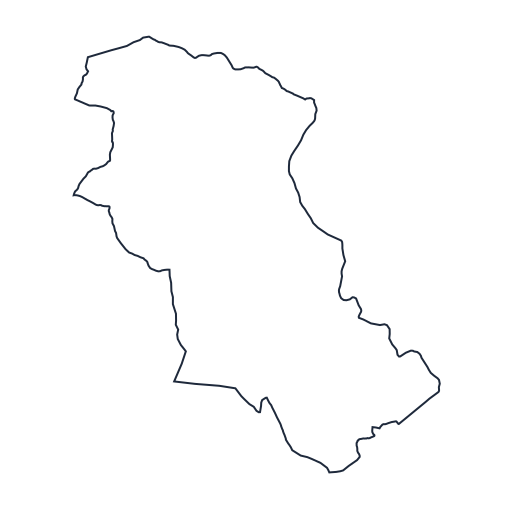 Sotanga, Dâmbovita, Romania (Equal Earth projection), rotated 5°
{"feature_id": "2599482B74032369078815", "entity_name": "Sotanga", "entity_type": "district", "adm_level": 2, "iso_a3": "ROU", "parent_name": "Romania", "parent_adm1": "Dâmbovita", "projection": "equal_earth", "projection_center": [25.375, 44.974], "detail": "fine", "context": "isolated", "style": "outline", "palette": "slate", "viewbox_px": 512, "rotation_deg": 5, "n_neighbors": 0, "source": "geoboundaries", "source_scale": "gbopen_adm2", "svg_char_len": 5948}
<svg xmlns="http://www.w3.org/2000/svg" viewBox="0 0 512 512"><g transform="rotate(5 256 256)"><path d="M450.1,374.4L450.0,373.2L449.6,370.7L450.2,367.2L449.1,363.5L447.6,362.0L443.8,359.7L440.3,357.2L438.1,354.3L436.5,351.7L429.7,342.9L429.0,341.1L427.5,339.2L425.1,337.6L421.8,337.3L420.5,336.7L418.5,336.8L413.7,339.3L408.4,343.5L407.3,343.7L405.6,342.1L404.4,337.5L403.1,335.9L399.4,332.2L395.9,326.5L396.0,322.1L395.5,317.2L392.5,313.5L389.9,312.8L385.5,314.0L376.3,313.1L368.5,309.9L363.9,308.6L363.6,307.6L363.9,306.3L364.7,304.3L365.5,302.5L365.6,301.8L365.6,301.0L365.2,299.7L362.6,296.2L359.4,289.6L359.0,289.4L357.2,288.7L355.7,288.7L353.3,291.0L349.9,292.2L347.1,292.2L344.5,290.6L343.1,288.2L342.5,286.4L341.9,284.9L341.6,282.9L341.7,281.7L342.5,278.7L343.5,268.8L342.8,266.1L342.6,263.7L343.0,261.2L345.3,253.5L345.2,253.2L343.0,247.4L341.4,241.0L341.1,237.6L340.8,235.6L340.5,234.4L339.6,233.2L325.6,228.3L321.8,226.1L315.2,222.4L310.1,218.2L307.3,213.6L304.0,209.6L300.6,205.0L297.7,201.9L295.3,198.4L294.3,193.5L292.5,189.2L289.9,185.2L288.0,180.1L285.4,175.4L282.5,171.8L281.4,168.6L281.0,163.9L280.9,158.6L282.5,152.9L284.9,148.1L288.2,142.2L290.8,136.8L292.6,131.0L295.0,126.1L298.1,121.6L300.8,118.5L302.2,116.5L302.7,115.2L302.9,113.8L302.7,109.5L303.7,105.9L303.2,103.3L302.1,101.3L301.5,100.0L300.5,98.1L300.3,95.6L297.6,94.2L296.9,94.0L295.9,94.0L295.0,94.3L292.7,94.7L292.1,95.1L291.3,95.8L289.3,94.8L283.0,92.7L279.3,91.6L278.7,91.0L275.5,89.9L273.5,89.2L273.1,89.2L272.5,89.1L272.0,88.9L271.3,88.3L270.4,87.7L269.3,87.1L268.3,86.7L267.1,86.4L266.0,84.6L265.1,83.4L264.8,82.7L264.1,81.6L263.8,80.9L263.4,80.4L262.7,79.6L260.3,77.9L259.2,77.2L258.6,76.8L256.5,76.4L255.5,75.8L253.0,74.6L251.1,73.8L249.4,73.1L248.7,72.5L247.4,71.3L246.5,70.7L244.9,70.0L243.0,69.3L241.7,68.1L240.5,67.5L240.0,67.4L239.4,67.6L238.2,68.2L237.1,68.6L235.2,68.7L232.5,68.7L229.3,69.0L228.3,69.3L227.5,69.9L224.4,71.3L222.4,71.6L219.0,71.9L217.8,71.5L217.0,71.1L216.4,70.5L215.0,68.0L209.6,60.8L207.4,58.7L205.9,57.8L203.8,56.9L202.8,56.8L199.8,57.1L196.6,57.9L194.7,58.6L194.4,58.8L193.5,59.8L192.4,60.4L191.1,60.6L188.7,60.5L185.7,60.5L184.1,60.7L181.7,61.5L179.9,62.9L179.4,63.4L178.6,63.9L177.7,64.0L176.6,63.6L175.2,62.7L174.0,61.9L171.3,60.4L170.4,59.8L169.3,58.6L167.0,56.7L164.1,55.5L161.4,54.7L159.9,54.4L155.5,53.8L151.8,53.9L150.5,53.6L150.2,53.3L147.0,52.4L145.7,52.0L144.8,51.8L143.8,51.5L143.0,51.4L141.2,51.5L140.7,51.4L139.8,51.2L139.2,50.8L137.6,50.2L136.3,49.4L135.2,49.2L134.1,48.7L131.6,47.4L130.3,46.8L124.5,48.3L121.5,51.0L115.4,53.7L109.1,58.0L101.4,60.9L94.0,63.6L71.2,72.6L70.5,78.3L69.9,82.1L70.9,84.8L72.6,86.6L71.7,89.0L70.6,90.4L69.5,90.9L68.3,92.2L68.0,93.1L68.2,95.1L68.0,97.3L67.2,99.1L67.1,100.5L65.4,102.9L63.9,105.6L63.6,108.1L63.4,109.6L62.1,113.2L61.8,114.6L61.8,115.3L62.0,115.7L76.8,120.6L82.9,120.1L88.2,120.6L94.5,121.7L97.9,123.2L98.5,123.6L99.2,124.4L99.6,124.4L100.1,124.1L100.7,124.1L101.3,124.4L101.6,125.0L101.8,126.1L101.2,127.6L100.9,128.5L101.0,130.6L101.5,132.8L102.3,134.1L103.0,135.9L102.8,139.1L102.2,142.4L102.5,143.9L101.8,146.2L102.3,150.0L102.6,152.5L102.5,154.1L102.9,155.0L103.3,155.1L103.5,155.6L103.7,156.5L103.8,157.8L103.8,160.2L101.8,165.3L101.6,167.8L101.9,170.0L102.2,172.2L102.3,173.3L102.0,174.1L100.7,174.7L100.0,175.5L99.3,176.6L98.7,177.5L97.9,178.2L96.8,179.1L95.6,179.9L93.2,180.8L91.0,182.2L89.0,183.0L87.2,183.1L86.1,183.4L84.8,184.7L83.6,185.6L83.2,186.2L82.1,186.8L81.3,187.5L80.7,188.9L79.5,191.5L77.4,194.0L73.9,199.6L73.2,201.7L72.9,203.6L72.6,204.5L71.8,205.7L70.2,207.4L69.8,208.4L69.3,210.1L69.1,211.4L69.8,211.2L71.7,211.1L73.6,211.3L75.6,211.7L77.6,212.4L80.4,213.7L83.2,215.0L85.6,215.9L89.3,217.5L91.7,218.7L92.9,219.1L93.9,219.2L94.5,219.2L96.1,218.8L97.4,218.9L98.1,219.3L98.8,219.4L100.5,219.6L102.2,219.5L105.0,219.3L105.4,219.4L105.7,219.6L105.9,220.4L105.9,221.4L105.4,223.1L105.4,223.9L105.7,224.8L106.1,225.5L106.4,226.6L106.7,227.3L107.4,228.4L108.9,230.1L109.7,231.5L109.8,232.7L109.8,233.8L110.2,236.0L111.9,238.6L112.9,241.8L113.4,243.4L114.6,245.3L115.4,248.7L116.2,250.3L120.2,255.0L125.6,260.7L129.3,263.6L132.4,264.4L135.0,265.6L138.1,266.2L140.9,267.3L144.2,268.1L145.1,269.1L146.6,270.0L147.8,270.9L148.4,271.7L148.7,272.7L149.8,275.0L151.6,277.2L153.5,278.1L155.4,278.6L157.7,279.4L160.1,279.8L161.8,279.5L163.6,278.5L166.3,277.8L169.0,277.3L171.0,277.2L171.8,283.6L173.8,290.1L174.8,298.5L176.8,304.2L177.4,311.2L181.3,320.5L182.0,327.2L182.1,331.5L184.9,336.1L184.3,341.1L185.3,345.5L188.9,351.2L192.9,355.4L194.4,357.1L191.4,369.8L185.4,388.1L206.4,388.7L230.8,388.5L247.0,389.6L253.6,396.9L256.4,399.3L262.3,404.1L266.9,406.4L270.0,410.2L272.4,411.4L273.6,411.2L274.1,405.0L274.0,401.6L274.7,399.0L276.6,397.5L278.1,396.4L279.1,396.2L280.5,398.6L282.1,401.1L282.9,402.0L284.1,403.2L285.5,405.8L286.9,408.0L287.5,409.0L288.4,410.4L290.9,414.8L294.8,420.9L295.8,422.9L295.8,423.2L297.2,426.1L298.0,427.4L298.1,428.0L299.0,430.0L300.0,431.8L301.6,435.3L301.8,436.4L302.4,437.2L304.4,439.9L305.5,441.1L307.3,443.4L307.6,443.9L308.8,445.9L309.0,446.3L317.9,450.9L324.7,451.9L329.2,453.3L338.3,456.5L345.2,460.8L346.7,463.0L347.9,465.2L354.7,464.1L358.7,463.1L361.5,462.0L366.7,457.0L374.5,450.5L376.8,447.1L376.7,446.2L376.6,445.7L375.9,444.3L375.4,443.7L374.9,443.2L374.3,442.1L373.9,441.3L373.8,440.0L373.7,439.1L373.4,437.6L372.8,436.2L372.5,433.6L372.9,432.8L373.3,431.3L374.0,430.8L374.0,430.3L374.4,429.9L375.5,429.3L376.6,429.1L378.8,428.4L379.9,428.4L382.1,428.1L382.8,427.7L384.0,427.8L385.2,427.5L385.8,427.0L389.3,425.2L389.6,424.8L389.6,424.3L389.5,424.0L389.2,423.7L388.8,423.6L388.1,422.8L387.2,421.2L387.0,419.7L387.0,416.3L390.4,416.4L394.1,416.9L394.8,415.4L396.6,413.0L397.1,412.7L397.7,412.4L398.5,412.4L399.4,412.3L400.7,411.8L402.3,411.0L405.6,409.6L406.8,409.3L409.8,408.5L410.3,408.6L412.4,410.8L412.9,410.9L438.0,386.3L441.2,383.0L449.6,375.6L450.1,374.4Z" fill="none" stroke="#1e293b" stroke-width="2"/></g></svg>